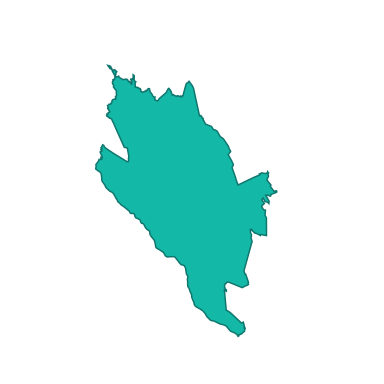 the district of Praulienas pag., Madona, Latvia, rotated 65°
{"feature_id": "27541924B69241742641881", "entity_name": "Praulienas pag.", "entity_type": "district", "adm_level": 2, "iso_a3": "LVA", "parent_name": "Latvia", "parent_adm1": "Madona", "projection": "natural_earth1", "projection_center": [26.349, 56.815], "detail": "fine", "context": "isolated", "style": "filled", "palette": "teal", "viewbox_px": 384, "rotation_deg": 65, "n_neighbors": 0, "source": "geoboundaries", "source_scale": "gbopen_adm2", "svg_char_len": 5940}
<svg xmlns="http://www.w3.org/2000/svg" viewBox="0 0 384 384"><g transform="rotate(65 192 192)"><path d="M342.3,211.3L342.2,210.3L341.1,209.6L341.4,209.0L341.5,208.6L341.5,207.2L341.3,206.3L340.8,205.0L340.5,203.4L339.2,202.6L339.1,202.3L338.0,201.4L337.1,202.2L336.6,201.3L335.8,201.5L334.3,200.9L334.1,201.0L331.6,200.5L331.8,202.5L318.3,207.9L316.0,209.1L313.5,210.9L294.6,204.1L296.4,202.8L295.3,202.2L294.0,202.8L291.0,202.4L289.1,200.7L289.4,200.1L288.6,198.8L289.0,197.0L299.9,186.9L299.7,183.8L299.8,180.9L299.7,179.9L298.1,179.6L297.8,179.0L289.3,178.1L289.2,178.7L285.5,178.3L263.3,159.4L262.6,158.6L261.8,158.4L258.2,157.8L257.2,156.8L256.4,156.6L255.7,156.1L253.4,156.2L250.8,155.0L250.9,154.8L250.7,154.4L251.8,153.5L252.2,153.9L255.8,152.4L255.7,152.2L256.0,152.1L257.0,150.9L260.3,148.4L259.5,147.7L263.0,143.0L263.0,142.9L247.1,135.6L246.4,135.5L244.0,135.7L239.5,133.1L238.2,134.7L234.9,135.0L234.4,134.8L234.0,134.5L233.0,131.3L228.7,132.1L227.5,130.1L230.7,129.8L231.4,129.9L233.4,127.7L234.9,127.2L232.9,126.0L226.1,126.5L226.7,125.7L226.7,124.9L226.9,124.5L228.5,123.3L228.9,122.6L228.6,122.1L227.8,121.7L227.6,121.4L228.0,115.6L227.9,115.3L227.0,114.8L226.5,115.2L226.6,115.7L226.2,116.1L226.2,117.3L220.0,118.7L219.3,117.7L219.0,117.5L212.7,119.1L209.9,115.9L209.0,116.1L207.0,114.5L206.3,114.9L205.6,114.9L206.4,115.8L206.6,116.3L206.1,118.0L204.0,120.9L204.0,121.1L204.1,121.3L204.4,121.5L204.1,123.4L205.1,123.5L204.9,130.1L205.1,147.3L199.1,146.8L197.2,146.4L187.0,145.4L186.6,145.2L185.1,143.3L184.6,142.9L180.4,142.9L173.6,143.4L173.3,143.3L173.1,142.8L171.8,140.1L171.6,139.9L171.0,139.7L169.0,140.1L165.8,139.7L157.0,141.1L153.7,143.0L147.6,143.5L145.7,144.7L144.7,145.9L144.1,146.3L140.9,146.6L136.9,150.4L135.7,151.1L133.3,151.1L132.0,151.5L131.6,151.4L131.7,151.2L130.7,151.2L130.3,151.0L130.3,150.9L129.7,150.8L128.9,151.6L128.5,151.6L127.9,151.3L126.4,151.7L126.5,152.5L126.0,153.0L98.7,146.8L95.8,146.8L90.4,147.9L90.8,148.9L91.2,149.5L91.2,150.9L91.9,151.9L100.1,158.9L100.3,158.9L101.0,159.4L101.1,159.6L100.8,160.1L100.9,160.3L101.4,161.3L101.4,161.6L101.1,161.8L100.3,161.7L100.5,162.2L100.2,162.6L100.2,162.9L98.8,164.1L98.6,164.6L98.7,164.8L99.0,165.3L98.0,166.1L97.5,166.9L96.5,167.5L96.0,167.6L95.9,168.8L93.2,168.7L93.0,168.8L91.9,168.4L91.4,168.7L91.2,168.5L88.5,169.0L88.2,169.4L88.6,170.3L91.0,173.4L93.5,182.2L94.6,183.8L94.8,184.7L94.7,185.0L92.6,186.8L92.0,186.5L91.8,186.2L90.4,185.4L90.2,185.4L90.3,186.0L89.9,186.5L88.1,187.0L86.7,186.9L83.4,187.6L82.4,187.3L81.3,187.3L80.8,187.1L80.7,186.9L80.4,187.0L80.0,187.4L79.8,187.9L80.2,188.9L79.6,189.0L80.8,189.4L81.0,190.0L81.2,191.5L80.7,191.4L80.8,192.5L80.8,194.4L80.5,194.5L79.9,195.5L78.9,195.9L78.1,195.2L76.4,195.3L76.1,196.1L75.1,196.3L74.2,197.2L74.2,197.6L73.7,197.7L73.1,199.0L69.5,197.7L68.9,197.1L68.5,196.3L66.6,197.3L62.1,195.2L60.9,195.8L65.0,197.6L64.1,198.2L64.6,198.9L64.5,199.5L63.9,199.6L64.2,200.1L65.5,199.8L67.2,200.0L67.5,200.4L68.7,201.1L67.6,201.7L66.5,201.4L65.6,201.9L65.3,202.1L65.6,202.6L64.8,203.0L63.3,202.9L62.2,203.4L62.4,204.0L61.8,204.4L60.9,207.0L61.0,207.2L59.2,208.2L58.1,209.1L56.8,209.6L56.0,209.5L55.9,211.9L55.7,212.5L55.2,212.4L54.0,212.1L53.4,212.1L53.5,211.7L53.4,211.4L52.7,211.0L52.0,211.0L51.2,209.3L49.5,210.0L49.4,210.3L48.7,210.3L48.5,210.6L48.2,212.0L49.0,212.1L48.9,212.6L49.0,213.1L53.9,212.8L55.9,213.5L57.2,214.7L56.9,215.0L56.8,216.2L57.1,216.5L57.9,216.4L58.5,217.0L58.6,217.4L59.1,217.9L60.6,218.2L62.5,217.9L62.7,218.0L63.2,218.6L63.7,218.8L65.4,218.5L68.1,217.8L69.3,218.2L70.5,218.9L72.4,219.4L72.7,219.7L72.8,220.0L73.3,220.4L73.1,221.0L73.6,221.1L73.8,221.0L74.1,221.2L74.8,221.2L75.5,221.9L75.6,222.2L75.0,222.6L75.1,223.4L74.8,224.5L75.4,225.9L77.0,226.8L77.4,227.4L77.2,227.8L77.3,228.0L78.1,228.7L77.4,230.0L77.8,230.6L77.9,232.0L78.9,231.9L79.6,232.4L80.3,232.2L80.6,232.5L80.4,232.9L80.8,233.1L83.1,232.7L83.7,232.5L84.5,232.5L84.8,232.9L84.7,233.2L84.6,234.4L85.4,234.7L85.8,235.1L85.7,235.7L85.9,236.0L85.5,236.2L86.0,236.6L86.2,236.9L86.7,236.7L87.4,237.1L89.6,235.5L90.0,235.7L90.5,235.3L90.7,234.9L91.3,234.5L91.6,234.1L92.1,234.0L93.7,234.1L96.2,234.0L103.4,234.2L122.8,234.5L124.9,231.9L125.8,232.3L133.0,234.2L133.6,234.5L134.0,235.0L137.0,236.4L137.5,236.8L137.0,238.1L124.0,246.7L116.8,251.1L114.1,252.4L112.6,252.2L111.5,252.9L113.5,255.8L114.3,255.3L115.2,256.8L116.3,255.9L116.9,256.5L116.9,258.4L122.7,258.6L123.9,259.8L122.5,260.1L123.5,260.7L123.7,262.3L123.3,262.5L124.6,263.9L126.5,267.5L127.9,267.9L130.4,269.5L132.9,268.3L134.6,267.1L136.5,266.6L138.1,266.9L141.7,268.1L142.7,268.6L144.4,268.9L148.5,268.1L151.4,268.1L152.5,267.8L156.4,266.2L158.4,264.6L160.1,263.9L163.2,263.6L165.6,263.6L167.4,263.1L169.4,263.3L171.5,262.3L173.9,261.6L176.3,260.1L182.7,257.0L185.1,256.8L185.5,256.5L186.1,255.5L186.4,254.6L186.7,254.2L187.5,253.8L188.0,253.6L189.7,254.0L191.1,253.9L191.8,253.7L193.3,252.3L195.1,251.0L195.9,250.9L198.0,251.2L198.6,251.0L199.0,250.9L200.2,249.5L200.7,249.3L203.3,249.3L205.2,249.1L206.8,248.6L209.3,247.1L209.8,247.0L210.5,247.2L212.0,247.8L213.5,248.0L215.4,247.7L219.6,246.6L220.2,246.6L223.0,247.1L226.3,248.0L226.9,248.1L227.7,247.9L230.9,245.7L234.2,243.7L234.8,243.4L238.6,243.1L239.9,242.4L240.7,241.3L241.2,239.7L242.8,236.0L243.2,235.4L243.9,234.9L248.9,233.7L250.7,233.4L252.9,232.7L253.6,232.3L254.5,230.8L255.6,230.2L257.4,230.0L258.4,230.1L264.1,231.7L264.7,231.7L266.0,231.4L266.6,231.5L267.5,231.8L269.0,233.0L271.1,233.7L274.4,235.2L275.9,235.7L278.5,235.4L281.5,235.8L284.8,235.8L287.7,236.8L293.1,237.0L295.0,237.5L296.5,237.3L297.9,236.7L301.0,234.4L304.3,232.4L307.9,231.4L310.3,231.3L311.6,231.1L316.1,229.4L317.1,228.3L318.0,226.8L323.3,222.5L326.1,219.1L327.4,218.0L328.8,217.4L333.9,216.1L334.8,215.6L337.5,213.1L338.5,212.4L340.4,211.4L342.3,211.3ZM43.7,212.7L42.5,213.7L41.7,214.8L45.6,214.1L45.6,213.4L47.6,213.0L47.8,212.6L43.7,212.7Z" fill="#14b8a6" stroke="#0f766e" stroke-width="1.5"/></g></svg>